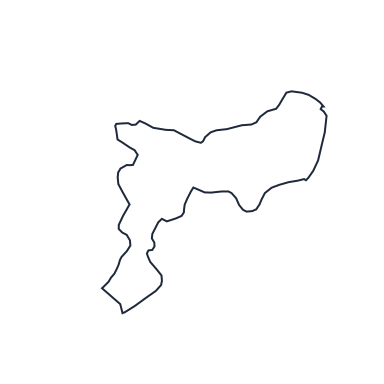 an SVG outline of Valandovo, rotated 117°
{"feature_id": "MKD-2994", "entity_name": "Valandovo", "entity_type": "Statistical Region", "adm_level": 1, "iso_a3": "MKD", "parent_name": "North Macedonia", "parent_adm1": "", "projection": "equal_earth", "projection_center": [22.539, 41.331], "detail": "fine", "context": "isolated", "style": "outline", "palette": "slate", "viewbox_px": 384, "rotation_deg": 117, "n_neighbors": 0, "source": "natural_earth", "source_scale": "10m", "svg_char_len": 1749}
<svg xmlns="http://www.w3.org/2000/svg" viewBox="0 0 384 384"><g transform="rotate(117 192 192)"><path d="M331.5,198.9L324.5,205.0L318.6,228.5L318.2,228.4L317.3,228.0L310.0,225.6L305.1,225.3L300.2,224.1L294.4,224.1L290.0,224.4L285.3,225.3L281.9,225.3L274.2,223.2L267.7,222.6L263.3,225.3L259.8,230.8L259.8,235.7L258.2,240.5L254.5,242.3L244.7,242.6L231.4,242.0L228.6,246.3L223.7,253.6L218.4,261.2L212.8,264.8L208.0,266.7L206.7,266.5L203.6,266.4L197.6,262.4L196.4,259.7L194.7,256.9L183.6,257.2L180.8,262.1L180.6,267.6L179.4,277.6L179.0,282.2L174.7,285.2L170.9,287.9L168.0,290.4L167.2,290.4L165.7,290.4L162.5,285.2L159.6,280.0L159.6,276.1L157.5,272.7L152.4,270.9L152.1,264.2L152.4,255.7L148.5,243.5L145.2,236.2L145.4,219.8L145.4,212.2L144.1,206.4L141.8,205.2L137.1,205.2L130.4,202.5L125.9,198.2L120.1,189.4L109.9,177.9L104.9,169.7L100.7,166.3L93.9,165.4L85.9,161.5L79.6,154.8L74.7,153.9L69.1,153.6L60.6,153.0L60.2,152.5L57.1,149.0L53.6,139.0L52.5,132.3L53.0,124.1L54.1,118.4L56.1,113.6L56.9,115.0L59.7,115.0L60.5,111.1L63.0,106.7L78.5,100.8L90.2,98.0L106.6,94.0L118.1,93.6L126.6,94.8L129.8,95.8L129.6,98.0L133.8,102.8L139.3,110.3L145.9,117.4L152.0,123.0L159.9,126.6L167.5,126.6L172.3,126.2L178.3,126.9L181.7,129.7L184.7,134.5L184.7,138.5L182.3,144.0L177.5,149.9L175.0,156.3L175.0,159.9L178.3,166.2L183.8,174.6L186.6,180.5L187.1,188.8L187.4,192.8L192.0,193.2L200.1,193.2L206.5,192.8L211.1,191.2L213.8,190.0L218.0,190.4L222.9,194.4L229.6,201.1L229.6,206.7L234.4,208.3L241.6,208.3L247.4,208.3L251.6,206.7L254.1,202.7L257.4,200.7L261.7,201.1L263.8,204.3L267.1,204.3L268.9,202.7L273.2,197.6L276.8,188.8L280.2,181.3L284.7,178.5L288.9,177.3L296.5,179.3L307.1,184.9L319.5,191.2L329.5,197.2L331.5,198.9Z" fill="none" stroke="#1e293b" stroke-width="2"/></g></svg>